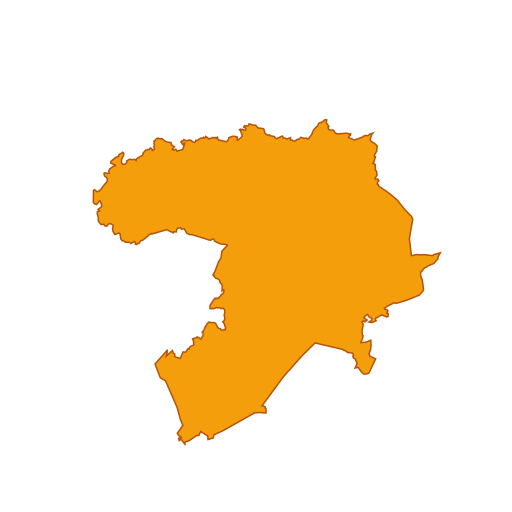 the district of La Manzanilla de la Paz, Jalisco, Mexico, rotated 237°
{"feature_id": "50627088B53940802277719", "entity_name": "La Manzanilla de la Paz", "entity_type": "district", "adm_level": 2, "iso_a3": "MEX", "parent_name": "Mexico", "parent_adm1": "Jalisco", "projection": "equal_earth", "projection_center": [-103.078, 20.026], "detail": "fine", "context": "isolated", "style": "filled", "palette": "amber", "viewbox_px": 512, "rotation_deg": 237, "n_neighbors": 0, "source": "geoboundaries", "source_scale": "gbopen_adm2", "svg_char_len": 6156}
<svg xmlns="http://www.w3.org/2000/svg" viewBox="0 0 512 512"><g transform="rotate(237 256 256)"><path d="M158.3,412.3L160.3,406.0L160.3,404.1L165.9,397.4L167.0,395.1L169.8,391.4L171.6,386.5L187.2,394.2L201.5,407.5L204.1,408.0L214.6,406.0L226.1,404.9L236.8,401.6L247.6,397.0L249.3,397.5L249.9,396.9L251.5,397.7L252.2,400.1L254.3,400.0L255.3,397.9L256.4,398.2L257.8,401.4L260.9,403.1L263.3,403.1L267.6,405.7L268.8,405.5L270.0,404.4L270.7,406.1L273.5,409.5L274.2,410.2L274.8,409.4L276.2,410.5L278.3,414.4L282.3,417.6L285.4,416.9L289.9,414.8L291.7,415.5L292.9,416.8L294.9,419.3L295.4,420.9L296.2,417.6L295.9,415.3L297.5,413.5L297.9,411.4L297.7,409.9L298.6,406.8L298.4,405.8L299.3,403.9L299.2,402.1L305.0,398.1L306.1,400.0L305.9,401.0L307.0,401.9L307.2,400.8L308.5,400.1L310.1,398.1L314.3,390.3L315.3,390.1L315.8,389.4L319.4,389.6L321.0,387.0L322.5,386.0L324.5,386.4L325.1,387.7L329.6,387.5L331.5,389.5L332.1,389.2L332.8,387.6L332.2,384.5L332.3,383.5L332.9,383.0L333.1,380.8L331.7,378.8L330.5,373.1L327.6,368.9L325.8,363.9L325.9,363.1L327.4,362.5L328.6,360.4L331.1,358.3L330.6,355.8L331.4,354.0L331.3,350.8L332.5,349.6L333.5,349.5L334.5,348.0L336.4,349.4L337.5,345.3L339.2,344.5L339.9,343.1L341.8,343.6L342.4,343.3L343.0,338.1L343.5,336.9L344.7,336.3L346.2,336.5L349.2,333.3L350.2,333.4L351.2,331.4L354.1,330.4L358.1,331.7L359.0,331.4L362.3,327.4L365.8,327.0L366.8,325.5L370.6,322.2L369.6,320.9L369.6,319.7L371.4,317.5L371.4,316.7L370.5,316.0L369.7,316.8L368.5,316.7L367.2,315.8L368.3,314.3L369.6,313.8L369.7,312.7L370.9,312.1L370.9,310.9L369.3,311.2L364.5,310.0L363.7,309.1L363.0,303.8L364.0,303.4L365.2,304.7L366.4,305.0L369.2,301.7L370.0,297.8L368.4,295.7L367.9,293.5L374.1,287.5L376.7,288.3L376.4,286.8L377.5,286.5L377.9,284.9L379.0,284.4L379.1,282.6L380.2,279.8L381.2,280.0L383.7,278.9L382.9,278.0L382.9,277.3L384.1,276.8L383.9,275.4L385.1,273.7L384.9,269.8L385.8,268.6L384.7,267.5L384.6,266.3L387.2,264.7L388.2,264.7L388.6,263.8L389.7,263.4L390.1,261.2L390.8,260.1L392.9,259.0L392.3,257.0L393.0,256.2L392.5,255.2L389.2,255.2L388.8,255.8L389.9,257.4L389.5,257.7L385.4,253.0L385.6,251.3L387.0,246.8L389.2,246.9L389.8,244.8L390.7,243.8L391.3,244.2L392.0,247.1L395.0,245.7L397.5,246.5L399.6,243.9L401.6,242.4L406.0,240.9L406.2,239.7L408.1,238.1L408.7,236.7L407.9,234.1L407.9,232.9L406.7,232.6L405.8,231.6L404.9,231.6L403.2,229.8L401.4,229.4L401.0,228.9L400.9,226.5L402.2,226.9L403.9,226.5L404.1,225.8L403.4,224.7L404.3,223.2L404.3,222.2L404.9,221.2L403.9,217.5L402.2,215.8L402.7,210.6L402.5,208.7L401.4,207.4L403.1,206.9L404.3,204.5L406.0,202.8L406.2,199.4L404.9,198.4L404.4,196.6L404.6,195.4L405.5,194.1L407.3,193.9L410.2,195.8L412.8,200.2L414.7,201.1L415.7,200.7L415.4,199.5L415.7,196.5L415.4,195.7L414.3,195.2L415.1,192.3L414.6,187.1L414.0,185.2L412.8,184.8L409.5,187.2L408.6,187.6L408.4,187.2L409.0,184.9L408.7,180.6L407.1,178.5L405.4,178.2L405.9,176.5L408.1,174.7L408.2,173.7L407.3,173.0L405.2,172.6L403.2,173.6L401.2,173.1L399.7,171.8L399.1,170.3L398.3,167.2L396.3,162.3L396.0,159.0L396.7,157.5L399.5,156.8L399.5,155.4L389.5,148.7L387.6,149.0L386.0,150.5L387.5,154.8L387.2,155.3L382.2,154.2L381.4,153.1L381.1,149.0L379.0,149.5L379.6,147.3L378.1,145.9L374.2,144.7L371.3,142.8L366.9,143.1L365.4,145.7L363.8,145.5L362.3,146.9L363.3,150.1L361.8,152.0L359.9,152.9L359.0,152.6L357.5,150.8L354.6,149.5L350.9,149.3L349.9,153.6L348.9,154.1L343.9,151.9L341.7,152.1L341.1,153.1L338.8,153.9L337.0,156.6L335.5,157.7L334.7,157.7L334.3,161.9L333.3,162.3L332.0,161.9L331.7,161.2L330.8,161.9L330.5,165.4L331.6,167.5L330.9,169.6L331.6,176.4L332.2,176.9L331.7,180.8L331.1,180.8L326.7,195.4L320.5,199.2L321.1,200.1L319.6,202.4L321.2,203.6L322.0,205.2L320.9,208.1L319.1,208.0L318.0,210.6L312.5,210.4L310.0,212.0L309.0,213.8L293.9,226.3L294.0,229.0L292.8,229.8L291.0,229.3L286.2,232.2L283.9,234.5L282.7,236.6L280.6,237.9L278.6,230.0L273.5,225.6L271.3,221.1L265.6,213.4L263.7,209.7L262.5,209.6L262.2,210.3L261.1,209.7L259.2,210.2L257.0,212.0L254.4,212.0L253.7,211.4L249.9,211.7L245.2,208.5L245.3,210.5L243.5,209.7L242.5,207.8L242.5,205.6L242.1,205.5L241.0,201.2L241.3,200.4L242.0,200.2L242.1,198.9L242.9,198.8L242.7,197.7L239.7,190.7L238.3,189.6L236.9,188.8L234.8,191.9L234.4,194.8L233.6,195.2L232.2,197.5L230.7,198.2L230.1,200.1L227.9,200.3L225.6,199.2L224.0,197.2L220.5,195.9L219.0,193.7L219.0,192.3L215.8,192.5L215.1,191.9L212.1,191.4L211.5,190.0L210.9,190.0L212.8,186.5L214.5,186.6L215.1,185.6L216.7,185.0L221.0,185.4L222.7,184.9L225.2,181.4L226.3,180.7L225.9,178.6L223.8,173.9L222.3,172.3L221.5,169.4L220.6,169.8L218.0,168.2L216.4,164.6L220.1,162.8L220.1,161.0L221.1,157.7L217.8,156.9L215.3,155.2L215.8,151.9L215.5,150.5L214.5,149.3L215.3,148.5L213.7,144.6L215.3,142.6L211.4,136.7L215.7,133.1L218.0,134.4L219.5,133.8L222.2,134.4L220.9,126.2L224.2,129.7L225.3,130.1L220.4,112.5L206.1,109.4L200.5,112.1L172.1,107.4L160.5,103.7L153.7,102.3L150.2,93.4L147.7,93.3L145.0,94.8L144.5,94.1L145.4,92.4L145.2,91.7L143.0,91.1L143.2,93.3L135.8,93.9L137.7,93.9L138.5,95.3L137.5,99.7L137.8,108.1L136.6,110.4L139.0,114.0L132.2,117.1L131.1,117.3L128.2,115.8L126.7,121.1L128.9,123.4L127.5,132.9L125.2,169.5L122.5,174.1L118.9,178.9L122.7,181.3L123.3,180.9L124.5,181.6L127.1,179.5L139.9,213.5L147.3,240.5L150.9,258.2L130.9,277.4L126.8,279.8L124.6,280.5L124.4,281.5L121.7,284.2L119.4,283.5L119.2,282.6L117.2,282.2L115.3,283.3L113.9,282.6L111.8,282.7L110.6,281.9L108.1,278.1L107.1,280.6L106.4,281.1L101.2,281.3L98.1,282.2L96.7,285.1L96.3,286.9L104.6,300.4L109.6,297.1L112.1,297.3L115.3,301.2L118.2,303.7L122.9,306.4L123.8,301.3L126.3,296.7L128.8,300.5L130.7,302.2L130.8,301.9L135.1,303.8L140.3,308.7L143.1,309.0L143.1,310.5L141.5,311.3L142.1,312.1L141.4,313.5L141.8,314.3L145.4,312.8L146.3,315.3L146.2,317.8L143.1,317.7L140.3,319.2L139.1,317.9L139.1,314.8L137.1,316.8L136.2,321.5L137.1,321.4L138.5,322.2L138.2,329.3L133.9,332.3L133.3,333.7L135.7,335.5L137.0,334.6L138.2,336.8L139.4,336.7L141.1,335.2L142.1,335.1L142.4,338.8L141.5,346.3L139.8,348.0L136.7,358.9L134.3,371.7L135.7,377.0L136.8,378.4L145.9,382.6L149.1,383.1L152.0,384.6L152.5,385.4L154.2,390.8L153.8,393.1L154.0,395.2L152.9,400.9L154.4,406.7L156.3,408.5L158.3,412.3Z" fill="#f59e0b" stroke="#b45309" stroke-width="1.5"/></g></svg>